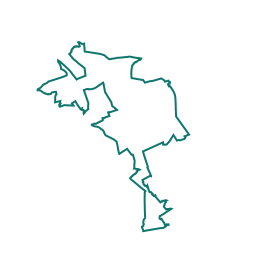 the district of Cuapiaxtla, Tlaxcala, Mexico, rotated 225°
{"feature_id": "50627088B23479789488100", "entity_name": "Cuapiaxtla", "entity_type": "district", "adm_level": 2, "iso_a3": "MEX", "parent_name": "Mexico", "parent_adm1": "Tlaxcala", "projection": "mercator", "projection_center": [-97.773, 19.339], "detail": "fine", "context": "isolated", "style": "outline", "palette": "teal", "viewbox_px": 256, "rotation_deg": 225, "n_neighbors": 0, "source": "geoboundaries", "source_scale": "gbopen_adm2", "svg_char_len": 5647}
<svg xmlns="http://www.w3.org/2000/svg" viewBox="0 0 256 256"><g transform="rotate(225 128 128)"><path d="M187.7,166.5L188.2,165.7L189.6,163.7L189.9,163.4L192.6,162.9L196.1,162.8L197.1,162.3L200.2,160.6L212.7,151.5L214.5,153.0L218.7,156.6L219.4,155.3L219.5,155.2L220.6,154.8L222.9,154.3L223.3,154.1L223.9,153.6L223.9,153.4L222.0,152.9L221.5,152.6L220.4,151.9L219.9,151.7L220.2,150.6L220.4,150.4L220.8,150.2L221.9,149.6L222.1,149.0L222.4,148.6L222.8,148.8L223.2,147.8L223.2,147.3L223.5,146.9L223.4,146.7L223.4,146.4L223.2,145.9L223.4,145.6L223.1,145.1L223.3,144.5L223.1,144.2L223.0,143.8L223.2,143.6L223.0,142.9L222.4,142.6L222.1,142.3L222.1,142.1L221.7,141.4L222.0,140.8L222.0,140.6L221.5,139.8L221.5,139.5L221.6,139.3L221.8,138.8L215.0,138.1L214.3,138.3L207.8,138.8L203.0,139.4L200.9,139.6L199.1,138.1L195.0,134.9L198.3,127.4L198.6,126.0L206.2,126.9L207.0,127.1L210.1,127.4L211.2,127.4L222.7,126.9L225.2,126.4L224.8,125.9L224.4,125.6L222.3,125.2L219.1,124.0L218.6,123.7L217.7,122.9L217.1,122.5L216.6,122.5L215.8,123.0L213.8,123.5L211.5,123.6L210.0,123.3L209.1,122.6L208.8,122.1L208.6,121.6L209.9,118.7L211.5,115.4L217.2,104.4L217.2,104.2L217.0,103.8L217.3,102.1L217.6,101.2L218.1,100.4L218.3,99.6L218.3,99.0L218.6,98.8L218.4,97.4L218.4,96.7L218.3,95.7L218.3,95.0L218.5,94.0L218.9,92.6L219.1,91.6L219.0,91.1L218.9,90.9L218.6,90.7L216.9,92.4L216.2,92.6L212.5,93.2L211.7,93.6L211.3,93.6L211.0,93.7L210.9,93.9L210.7,94.2L209.9,94.3L209.7,94.5L208.8,94.9L208.5,95.5L208.1,95.5L207.9,95.8L207.7,96.2L207.4,96.4L207.1,97.1L206.7,97.5L206.6,98.0L206.9,98.7L206.9,99.4L206.6,99.9L204.6,102.6L202.5,101.4L202.4,100.0L202.1,99.7L201.8,98.9L197.7,94.6L195.0,99.1L194.7,98.5L194.3,98.2L193.2,97.7L193.5,97.2L193.4,97.0L193.1,96.7L192.9,96.9L192.6,96.5L192.8,96.4L193.0,96.5L193.1,96.3L193.0,95.7L192.4,95.2L192.1,95.0L191.2,94.9L189.2,99.1L182.4,105.3L185.1,105.8L184.2,109.8L180.5,108.7L175.0,107.8L174.5,109.3L174.1,108.7L174.1,108.2L173.9,108.0L173.7,108.0L173.4,108.1L173.0,108.3L172.3,109.2L172.2,109.3L171.9,109.3L171.5,109.1L170.4,107.9L169.9,107.1L169.4,106.8L169.5,108.7L169.8,109.7L169.5,113.4L170.5,114.1L170.8,114.4L173.7,117.6L186.0,123.6L184.6,126.5L183.9,127.3L183.8,127.2L183.1,127.7L181.9,128.9L181.1,129.9L180.1,131.6L179.3,133.9L177.7,142.5L176.9,142.2L169.7,137.2L157.6,134.3L157.3,133.9L154.8,132.4L153.5,132.5L152.6,132.7L150.5,132.9L148.5,133.0L150.1,130.0L152.4,125.4L152.8,125.6L153.1,125.0L149.6,123.3L151.5,119.8L151.7,119.0L151.8,118.1L152.3,117.7L152.5,117.4L153.0,117.2L153.0,116.8L152.2,116.7L151.3,115.5L151.5,115.0L151.6,114.5L152.0,113.6L152.1,113.1L152.7,111.7L152.8,110.8L153.2,110.2L153.4,109.0L153.6,108.4L153.7,108.2L154.3,107.9L155.2,106.6L155.6,104.8L155.8,104.7L155.6,104.5L155.1,104.6L152.6,105.7L151.9,106.2L151.1,106.9L150.6,107.1L149.2,107.8L148.1,108.1L147.0,108.2L146.0,108.2L145.1,108.6L144.3,108.7L142.9,108.5L140.1,107.3L139.1,107.1L138.3,107.1L132.4,109.1L129.3,110.0L127.9,110.1L126.5,110.3L125.8,109.9L120.7,106.6L120.3,106.1L119.9,105.9L116.1,103.5L115.8,103.5L115.2,106.7L113.9,112.6L106.7,111.6L105.6,112.6L100.2,109.6L98.5,107.7L96.7,105.5L95.8,104.7L95.5,104.6L95.1,104.0L95.0,103.6L91.3,106.4L90.4,106.7L91.3,103.7L90.6,103.3L90.5,102.3L90.6,102.0L90.4,101.4L90.5,100.9L90.4,100.8L90.4,100.6L90.7,100.4L90.6,99.8L90.8,99.6L91.1,98.6L91.0,98.2L91.1,96.9L90.9,96.8L91.1,96.3L91.0,95.7L91.2,95.3L91.2,94.5L91.1,94.3L90.9,93.9L90.5,93.8L77.0,95.0L71.0,95.7L70.8,94.5L65.7,89.2L57.8,81.6L53.3,77.5L53.1,77.4L52.8,77.0L52.5,76.8L52.3,76.4L52.2,76.0L52.0,74.1L51.5,73.3L50.9,72.9L50.4,72.0L49.6,71.4L49.2,71.4L48.8,71.1L48.5,70.5L48.4,70.0L48.0,69.6L48.0,69.2L48.3,68.3L48.3,68.0L48.0,67.7L47.6,67.5L45.9,66.9L44.6,66.3L44.3,65.9L34.3,80.1L33.6,80.7L32.3,82.5L31.8,84.7L31.7,85.2L31.9,85.8L31.9,86.3L31.4,87.3L30.8,88.2L31.3,88.5L32.5,87.2L32.7,86.8L33.0,86.0L33.5,85.5L35.4,86.5L35.9,86.5L39.0,87.1L40.0,87.5L40.2,87.4L40.2,87.2L40.2,86.8L40.4,86.5L40.7,86.4L41.3,86.3L41.8,86.4L42.2,86.7L43.2,88.2L43.0,88.4L40.2,101.5L41.1,101.0L41.4,100.5L41.7,99.8L43.4,98.0L43.5,97.4L46.9,97.7L47.0,98.1L47.4,98.4L47.4,98.8L47.6,99.0L47.7,99.4L48.1,99.8L48.2,100.5L48.6,101.0L48.7,101.6L49.0,102.0L48.9,102.6L49.2,102.8L49.3,103.0L49.5,103.6L49.4,104.1L50.2,103.7L50.9,102.4L51.0,102.0L51.5,101.7L51.7,101.1L52.1,100.9L52.1,100.7L51.8,100.6L51.8,100.4L52.0,100.1L52.4,99.9L52.5,99.8L52.5,99.6L52.2,99.6L52.2,99.4L52.6,98.8L52.6,98.3L58.8,98.8L61.2,99.0L61.0,99.3L60.7,99.7L60.8,99.8L61.3,99.8L61.5,98.2L63.9,98.1L63.9,98.8L66.6,98.9L66.7,98.6L66.8,98.2L67.1,98.1L67.6,97.9L73.4,100.9L72.9,99.7L74.8,99.9L75.0,99.8L75.0,99.6L75.2,99.4L75.2,99.1L75.6,99.1L77.4,99.3L77.6,99.6L79.3,100.2L79.1,100.8L81.0,101.5L78.5,110.0L77.6,110.2L77.7,110.4L78.1,110.6L86.3,113.7L86.3,113.8L86.5,114.6L98.4,120.6L100.8,122.1L93.1,142.6L91.4,141.1L89.0,143.5L89.3,148.3L90.9,155.2L84.5,153.7L83.5,155.6L82.5,156.0L80.3,160.4L80.9,162.2L82.1,162.2L80.2,166.5L82.2,166.9L102.0,170.1L108.1,175.6L110.1,177.6L116.0,183.0L117.9,184.3L118.7,184.8L120.9,185.7L122.9,186.3L124.5,186.6L127.1,187.2L127.4,187.0L127.6,187.1L128.3,187.2L128.7,186.4L130.7,187.3L129.9,189.0L130.6,189.8L130.8,189.3L132.8,190.1L134.6,186.9L135.8,187.4L139.5,186.6L143.4,179.5L146.1,175.7L148.0,172.1L151.4,172.6L151.6,172.3L160.7,165.9L162.2,167.0L164.5,169.1L165.6,170.5L166.5,171.4L167.7,173.0L168.8,174.7L169.0,174.8L169.3,175.6L169.1,176.7L169.2,177.0L169.7,177.4L169.7,177.6L169.5,177.8L169.4,178.2L169.5,179.5L169.5,179.8L169.3,180.0L168.9,180.1L168.9,180.6L168.7,181.0L168.6,182.8L168.4,183.7L167.5,185.0L167.9,186.4L172.8,182.7L177.4,179.6L178.8,177.7L183.8,171.6L185.0,170.4L187.0,167.3L187.7,166.5Z" fill="none" stroke="#0f766e" stroke-width="2"/></g></svg>